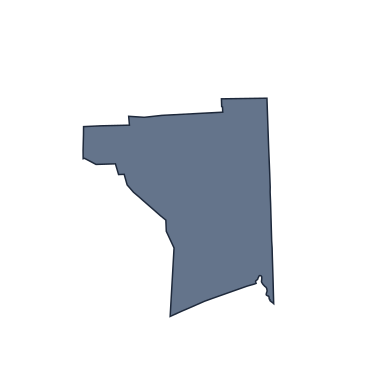 Lomas de Zamora, Buenos Aires, Argentina (Robinson projection), rotated 210°
{"feature_id": "61730980B58255414710643", "entity_name": "Lomas de Zamora", "entity_type": "district", "adm_level": 2, "iso_a3": "ARG", "parent_name": "Argentina", "parent_adm1": "Buenos Aires", "projection": "robinson", "projection_center": [-58.466, -34.753], "detail": "fine", "context": "isolated", "style": "filled", "palette": "slate", "viewbox_px": 384, "rotation_deg": 210, "n_neighbors": 0, "source": "geoboundaries", "source_scale": "gbopen_adm2", "svg_char_len": 1826}
<svg xmlns="http://www.w3.org/2000/svg" viewBox="0 0 384 384"><g transform="rotate(210 192 192)"><path d="M65.4,136.1L78.4,157.3L90.6,177.0L94.5,183.4L98.5,189.4L118.4,221.7L124.3,231.0L126.7,235.3L134.4,247.6L147.4,268.1L159.4,287.3L174.0,310.7L213.1,287.4L209.0,280.8L208.1,280.9L205.3,276.5L256.4,243.3L270.7,232.8L284.7,225.9L279.6,218.6L303.6,204.0L318.6,194.4L314.6,187.3L307.2,173.7L302.9,166.4L302.0,167.4L288.9,167.9L272.4,178.1L264.3,170.4L259.6,173.4L251.7,165.7L242.4,162.5L236.2,161.4L229.3,160.0L207.5,155.7L200.6,154.6L194.6,145.1L179.6,134.6L162.2,100.1L155.0,85.8L148.7,73.3L143.5,80.6L140.6,84.6L138.7,87.1L127.3,102.6L126.5,103.7L126.4,103.8L120.6,110.7L97.6,137.6L96.3,139.0L92.2,143.2L90.8,144.9L91.1,145.1L91.4,145.5L91.8,145.8L92.1,146.1L92.2,146.5L92.3,147.0L92.1,147.5L92.0,147.9L91.8,148.4L91.6,148.7L91.5,149.1L91.6,149.7L91.7,150.1L91.8,150.7L91.8,151.2L91.9,151.7L91.9,152.2L91.9,152.8L91.8,153.3L91.5,153.5L91.2,153.7L90.7,153.8L90.3,153.9L89.9,153.8L89.3,153.5L89.1,153.2L88.8,152.8L88.5,152.2L88.2,151.8L88.0,151.3L87.8,150.8L87.5,150.2L87.3,149.6L87.0,149.1L86.7,148.8L86.5,148.6L85.9,148.3L85.5,148.1L85.2,147.9L84.8,147.7L84.3,147.5L83.8,147.3L83.4,147.2L83.0,147.1L82.7,147.0L82.2,146.8L81.9,146.7L81.5,146.7L81.1,146.6L80.7,146.6L80.1,146.4L79.7,146.2L79.3,145.9L78.9,145.6L78.6,145.3L78.3,144.8L77.9,144.4L77.6,144.1L77.4,143.7L77.3,143.2L77.2,142.7L77.1,142.2L77.0,141.8L76.9,141.5L76.8,141.1L76.6,140.5L76.3,140.1L75.9,139.9L75.5,139.9L75.0,139.9L74.6,139.9L74.2,139.9L73.8,140.1L73.5,140.0L73.0,139.7L72.7,139.4L72.4,139.1L72.2,138.7L71.9,138.4L71.7,138.0L71.2,137.9L70.8,137.8L70.5,137.7L70.4,137.2L70.1,136.9L69.7,136.8L69.3,136.8L68.9,136.7L68.6,136.6L68.3,136.6L67.4,136.5L66.9,136.5L66.3,136.4L66.0,136.2L65.4,136.1Z" fill="#64748b" stroke="#1e293b" stroke-width="1.5"/></g></svg>